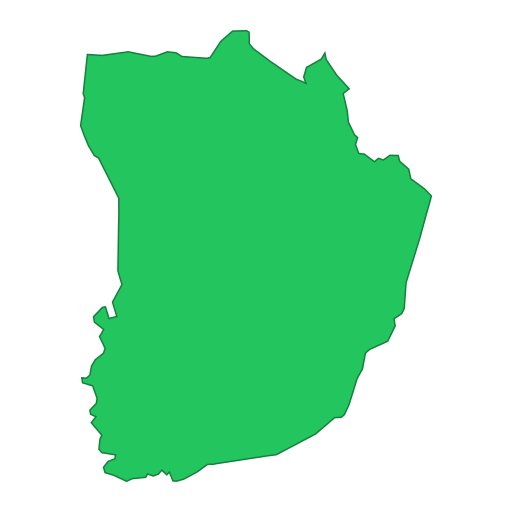 Morovis, Puerto Rico (Mercator projection)
{"feature_id": "32010507B35991649080507", "entity_name": "Morovis", "entity_type": "district", "adm_level": 2, "iso_a3": "PRI", "parent_name": "Puerto Rico", "parent_adm1": "", "projection": "mercator", "projection_center": [-66.426, 18.317], "detail": "fine", "context": "isolated", "style": "filled", "palette": "green", "viewbox_px": 512, "rotation_deg": 0, "n_neighbors": 0, "source": "geoboundaries", "source_scale": "gbopen_adm2", "svg_char_len": 1672}
<svg xmlns="http://www.w3.org/2000/svg" viewBox="0 0 512 512"><path d="M113.8,475.3L126.6,481.3L132.2,478.7L145.7,477.3L147.6,474.0L153.1,476.0L158.3,474.2L161.8,470.2L166.8,474.8L169.4,472.1L173.0,481.0L176.9,481.1L183.8,479.1L197.6,471.7L207.1,464.6L209.6,464.2L213.0,464.4L215.3,463.8L266.3,456.0L276.3,454.7L315.7,433.9L318.0,431.9L334.7,417.6L341.2,417.4L344.4,414.6L349.0,404.7L357.2,378.3L362.4,369.1L365.5,353.0L369.8,349.3L387.7,341.2L395.2,326.0L394.0,318.8L401.7,313.6L404.2,308.7L406.1,282.6L419.7,238.5L425.6,216.9L430.2,200.5L431.4,196.0L424.8,189.1L410.8,178.8L408.7,169.2L399.7,161.3L398.2,155.5L390.0,155.3L383.3,160.0L378.5,158.3L374.4,161.7L364.3,154.1L358.8,153.5L355.5,144.5L357.6,137.6L354.5,134.8L348.4,122.1L347.2,110.6L343.2,93.5L349.2,88.8L336.8,75.3L326.1,59.4L324.9,53.0L321.3,59.1L306.5,67.4L303.7,77.0L305.9,83.3L300.5,80.8L296.2,79.2L269.9,61.1L253.6,48.9L249.3,43.9L249.1,32.3L246.6,30.7L232.6,31.1L224.4,38.2L220.7,41.5L210.2,57.5L206.8,58.3L181.9,56.5L176.2,52.8L167.3,51.8L155.6,56.2L151.1,56.4L128.3,51.8L102.1,55.4L87.4,54.5L83.2,93.7L84.6,97.6L80.6,125.7L84.5,136.2L88.5,145.8L94.3,155.5L98.6,158.1L118.8,198.2L118.9,215.0L118.6,224.7L117.9,270.7L120.4,279.5L122.0,284.5L112.5,302.1L116.8,316.5L109.0,318.5L105.4,306.8L102.4,307.4L93.5,316.7L94.4,322.1L103.7,329.5L101.4,333.5L99.5,336.5L105.1,348.4L103.4,353.3L95.3,359.7L91.5,366.1L89.9,375.1L86.3,378.2L81.8,377.8L82.6,382.8L92.7,385.9L97.1,398.3L96.3,403.4L89.9,410.2L90.6,414.3L96.0,416.7L91.3,422.7L101.8,435.2L100.0,439.0L98.9,449.2L101.7,452.6L115.6,454.9L114.9,458.7L108.0,461.5L103.5,467.3L105.1,472.7L113.8,475.3Z" fill="#22c55e" stroke="#15803d" stroke-width="1.5"/></svg>